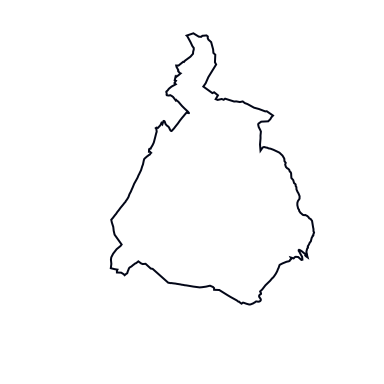 Cetateni, Arges, Romania, rotated 53°
{"feature_id": "2599482B24433695468767", "entity_name": "Cetateni", "entity_type": "district", "adm_level": 2, "iso_a3": "ROU", "parent_name": "Romania", "parent_adm1": "Arges", "projection": "equal_earth", "projection_center": [25.212, 45.189], "detail": "fine", "context": "isolated", "style": "outline", "palette": "ink", "viewbox_px": 384, "rotation_deg": 53, "n_neighbors": 0, "source": "geoboundaries", "source_scale": "gbopen_adm2", "svg_char_len": 5937}
<svg xmlns="http://www.w3.org/2000/svg" viewBox="0 0 384 384"><g transform="rotate(53 192 192)"><path d="M308.1,220.5L308.1,220.4L309.1,220.2L310.2,219.9L311.0,219.6L311.0,218.0L311.2,217.7L311.7,217.3L314.1,215.7L315.0,215.0L315.7,214.5L316.4,213.9L316.7,213.4L317.0,212.9L317.3,211.9L317.5,211.2L317.5,210.9L317.8,210.1L317.8,209.2L318.0,208.3L317.9,207.4L318.0,206.7L318.2,206.4L319.3,205.3L319.7,204.8L319.9,204.4L320.1,203.5L320.1,203.0L319.9,202.4L319.7,202.1L319.2,201.7L318.8,201.6L318.5,201.5L316.9,201.5L316.5,201.5L315.8,201.2L315.5,201.1L315.2,200.7L314.9,200.1L314.8,199.7L314.8,199.4L315.0,198.8L315.0,198.5L314.9,198.2L314.5,197.9L314.0,197.7L313.1,197.6L312.4,197.4L312.1,194.6L310.7,189.5L309.9,183.0L309.2,180.1L309.1,178.6L308.6,176.8L307.7,174.2L306.5,171.6L305.4,169.9L304.7,168.5L303.0,166.0L303.0,165.5L303.5,162.7L304.6,158.5L305.2,157.2L305.5,156.6L305.7,155.9L305.7,155.2L305.3,154.5L305.2,154.3L305.3,153.9L305.3,153.5L305.2,153.2L305.0,152.9L304.8,152.8L303.7,152.6L305.5,151.3L305.7,151.2L306.0,151.1L306.2,150.8L305.9,149.2L306.2,148.1L307.9,146.3L312.1,145.5L312.5,144.6L311.3,143.8L309.8,143.0L308.4,142.9L305.9,142.5L304.9,142.3L303.2,142.2L302.6,141.7L302.6,141.3L303.7,140.6L305.4,140.0L308.7,139.2L310.0,138.5L310.7,139.7L311.5,139.7L312.3,139.5L313.8,139.0L312.0,138.3L311.0,137.7L309.1,136.9L308.8,136.7L308.4,136.4L307.3,135.1L306.4,133.9L306.3,133.6L306.4,133.3L306.4,133.2L306.2,132.9L305.8,132.5L305.3,132.4L305.0,132.1L304.4,130.4L303.7,129.1L303.5,128.9L303.5,128.7L303.3,128.3L303.1,127.7L303.0,127.0L302.8,126.6L302.0,125.7L301.0,124.4L300.6,123.9L300.1,122.7L299.8,121.6L299.5,121.7L299.3,121.2L299.1,120.8L299.0,120.6L298.8,120.4L298.4,119.9L298.2,119.6L298.2,119.4L297.9,119.0L297.8,118.9L297.7,118.8L296.5,118.6L294.7,117.3L293.0,116.5L287.3,113.5L285.0,113.5L283.6,114.2L282.1,114.1L280.5,114.4L278.5,115.4L278.0,116.4L276.8,117.3L274.9,117.6L274.1,117.9L271.7,117.8L270.5,117.2L269.1,117.2L265.9,115.8L264.1,114.4L263.0,112.9L262.1,110.2L260.1,108.6L257.2,107.8L255.3,107.6L252.8,107.0L250.9,105.7L249.6,105.6L248.5,104.8L247.9,104.7L246.3,105.1L243.4,104.0L240.6,104.2L236.7,101.6L235.7,101.3L234.5,101.6L232.7,101.0L231.4,101.2L230.3,101.7L228.5,101.9L226.2,101.1L225.1,99.6L223.1,99.6L220.8,98.2L217.4,97.8L213.2,98.5L211.6,99.3L207.4,101.5L204.7,103.2L203.1,104.7L202.1,105.1L201.3,105.9L199.4,107.4L199.0,108.8L200.2,112.4L195.0,109.1L190.3,104.9L188.1,103.3L185.2,100.6L183.6,100.2L180.2,99.6L178.0,98.6L177.4,97.8L177.5,94.4L177.9,93.8L181.4,88.6L181.0,85.7L180.1,83.6L179.7,81.3L172.5,83.7L171.7,85.0L166.0,88.6L162.0,91.7L155.1,94.8L152.8,96.3L150.2,97.0L149.0,99.6L146.3,102.1L145.1,103.9L137.4,109.4L137.4,111.2L135.6,112.3L133.9,116.1L132.1,117.2L130.4,113.1L125.7,114.3L125.3,116.2L114.6,119.5L113.4,115.7L110.1,109.8L104.7,96.0L102.2,95.6L96.4,90.8L93.8,91.2L90.8,89.3L83.8,86.5L80.1,87.2L78.5,86.8L77.3,85.8L75.7,86.2L73.5,89.7L73.6,91.3L72.0,93.1L66.1,95.4L63.9,102.1L64.7,102.0L65.4,102.1L71.5,103.0L75.7,103.9L78.0,103.9L79.3,104.9L80.6,106.6L82.2,108.0L83.0,111.8L82.9,118.5L83.3,120.2L82.7,120.6L82.9,126.6L81.5,128.5L82.9,129.1L86.4,129.6L86.5,129.9L87.4,130.4L87.9,130.3L88.7,130.2L89.9,130.1L90.4,129.8L90.6,132.4L90.6,134.1L90.3,134.2L90.6,135.5L89.9,135.6L92.4,138.6L93.5,137.9L94.4,140.4L96.2,140.1L95.5,144.9L95.6,147.9L95.8,149.0L96.1,149.9L96.3,150.7L96.3,151.7L96.4,152.1L96.6,152.3L97.0,152.5L97.7,152.7L98.0,152.9L98.6,153.3L99.0,153.8L99.5,153.9L99.8,153.7L100.9,152.6L101.2,152.2L101.5,151.2L101.9,150.9L102.3,150.8L103.4,150.3L104.8,149.9L109.2,149.9L109.1,149.2L109.5,149.2L111.5,148.6L112.5,148.5L114.6,148.4L117.5,148.2L118.1,148.1L120.9,147.7L123.1,147.3L124.3,147.1L125.5,146.9L126.2,146.9L126.6,146.9L127.0,146.9L127.1,147.0L126.9,147.3L125.7,148.3L125.3,148.7L125.5,149.6L125.8,151.0L126.4,153.4L126.7,154.9L127.6,158.4L128.8,162.1L129.4,164.5L130.0,166.8L130.3,167.7L130.5,168.8L130.6,169.1L130.7,169.8L130.9,171.0L131.0,171.6L130.8,171.8L130.6,171.9L130.3,172.1L129.9,172.1L129.3,172.1L128.7,172.0L127.5,171.7L126.2,171.5L125.4,171.6L123.7,172.1L122.5,172.2L121.8,172.2L121.1,172.0L119.7,171.5L119.2,171.5L118.9,171.4L118.6,171.5L118.3,171.7L118.2,171.9L118.2,172.2L120.1,174.9L118.5,174.9L119.6,176.9L120.3,180.7L119.2,181.6L119.2,182.5L120.2,182.5L122.7,184.0L122.9,184.4L123.9,185.7L126.0,188.3L126.8,189.3L127.8,190.6L128.7,191.7L129.6,192.9L130.7,195.0L130.9,195.4L131.9,197.9L132.5,199.0L131.9,200.0L132.1,200.6L133.9,202.1L134.3,201.4L136.1,201.1L136.1,201.4L136.1,201.8L136.5,202.5L136.7,203.3L136.5,204.5L136.6,206.0L136.5,206.5L136.6,207.4L136.7,209.0L136.9,210.3L137.7,211.4L140.5,214.6L141.6,216.4L143.8,219.4L144.3,220.3L145.1,221.9L145.7,223.0L146.3,224.3L147.0,225.6L147.4,226.2L147.5,226.4L147.9,227.1L149.9,231.6L150.6,233.2L151.5,234.7L152.8,236.9L153.6,238.4L154.9,240.6L155.8,242.6L156.2,243.4L157.8,245.8L158.6,247.7L159.1,249.2L159.4,250.3L159.7,250.8L159.9,251.4L160.1,252.6L160.6,254.4L161.6,258.6L162.6,261.9L162.9,263.3L163.8,265.9L164.1,267.4L164.2,267.6L164.5,268.8L164.7,269.6L164.9,270.0L165.0,270.5L165.6,273.2L168.2,274.4L172.5,275.9L175.9,277.9L179.5,279.5L191.6,279.8L192.1,281.6L192.3,286.6L193.8,292.1L195.6,295.8L197.3,297.5L200.9,299.7L204.0,302.7L207.1,300.2L209.1,298.3L209.3,298.7L210.0,299.6L211.1,300.4L213.8,297.1L216.6,296.0L217.9,295.9L217.8,294.3L217.8,293.4L217.9,292.9L217.9,292.7L217.7,292.3L216.8,291.2L216.3,290.3L215.7,289.3L215.4,288.9L215.3,288.6L215.1,288.4L214.9,287.9L214.8,287.4L214.8,286.9L215.0,285.3L215.0,284.7L214.9,283.6L214.9,280.2L215.2,279.4L215.1,276.6L218.5,275.6L219.9,274.7L221.4,272.3L228.3,271.0L229.7,269.7L250.1,265.6L251.9,263.9L252.4,263.2L253.7,261.9L255.2,260.3L256.0,259.6L258.9,256.8L260.0,255.9L260.6,255.2L262.0,254.0L263.3,252.6L268.3,247.9L272.8,243.3L274.0,241.4L276.0,237.8L277.7,234.0L280.5,232.4L282.0,232.2L283.4,233.2L286.7,229.2L295.8,225.7L299.0,224.4L305.5,221.5L307.4,221.0L308.1,220.5Z" fill="none" stroke="#020617" stroke-width="2"/></g></svg>